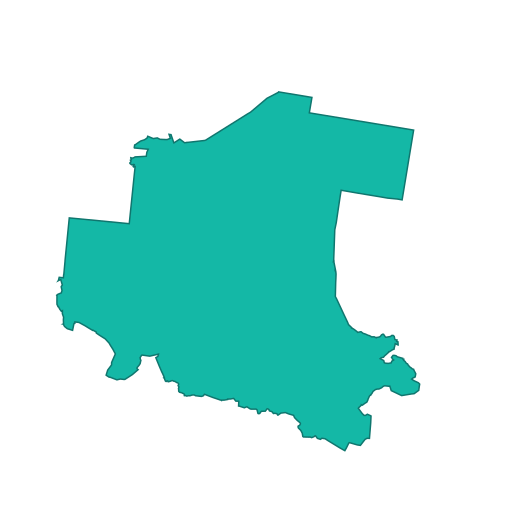 Vecumnieku pag., Vecumnieku, Latvia (Albers equal-area conic projection), rotated 14°
{"feature_id": "27541924B63296928652800", "entity_name": "Vecumnieku pag.", "entity_type": "district", "adm_level": 2, "iso_a3": "LVA", "parent_name": "Latvia", "parent_adm1": "Vecumnieku", "projection": "albers", "projection_center": [24.515, 56.627], "detail": "fine", "context": "isolated", "style": "filled", "palette": "teal", "viewbox_px": 512, "rotation_deg": 14, "n_neighbors": 0, "source": "geoboundaries", "source_scale": "gbopen_adm2", "svg_char_len": 5980}
<svg xmlns="http://www.w3.org/2000/svg" viewBox="0 0 512 512"><g transform="rotate(14 256 256)"><path d="M384.1,422.0L389.3,423.4L390.1,420.6L391.3,415.0L392.0,414.5L400.0,414.8L403.1,414.5L406.2,407.5L407.9,406.0L410.2,405.5L407.8,390.9L407.5,389.3L406.3,383.4L406.2,383.3L402.3,382.6L400.9,384.1L399.4,384.5L398.1,383.7L397.2,383.2L392.1,379.0L392.3,378.4L394.2,375.5L394.3,375.2L394.2,374.8L395.0,375.0L395.3,375.0L397.9,371.9L398.8,371.2L399.3,369.2L399.4,367.5L399.7,366.0L399.9,364.8L400.1,364.1L401.1,363.0L400.9,362.7L401.3,362.2L401.7,361.4L402.3,359.1L404.2,356.7L405.8,355.8L407.5,355.3L409.7,353.5L410.9,351.8L412.2,350.8L416.6,350.2L417.3,349.9L419.8,353.9L431.1,356.2L440.1,352.3L442.8,351.3L446.4,347.0L446.0,343.2L445.8,340.7L444.2,339.7L439.6,338.8L436.8,337.8L438.1,336.1L438.7,335.8L439.1,335.2L439.7,334.9L439.6,332.8L439.5,331.6L436.7,328.4L436.4,327.8L434.8,327.7L434.1,327.2L432.6,326.6L432.1,326.5L429.8,324.8L429.1,324.0L427.9,323.8L426.1,322.2L424.7,321.6L424.5,320.8L424.2,321.1L423.6,320.7L423.3,319.8L417.5,319.6L416.0,318.9L414.7,318.9L413.9,319.0L413.0,319.3L412.0,321.6L412.7,322.1L413.2,322.9L414.7,323.6L413.2,325.2L413.0,327.0L412.6,327.2L410.4,328.2L407.5,328.7L406.3,328.5L405.2,326.5L401.3,325.6L402.2,324.3L404.2,323.4L404.9,321.8L406.0,320.3L407.8,317.6L408.0,316.9L408.2,317.0L410.9,314.2L412.6,312.8L412.3,312.1L412.4,310.2L412.3,307.3L414.8,307.9L415.4,307.9L414.5,304.9L413.1,304.9L413.2,303.4L411.0,303.5L409.6,300.6L408.4,299.9L407.0,300.2L405.9,301.6L401.8,303.4L401.3,303.4L398.7,301.1L397.9,301.2L396.8,302.2L396.8,302.3L396.6,302.9L395.9,304.2L394.9,305.0L394.4,305.1L394.0,305.4L392.9,305.7L392.7,306.2L391.5,306.2L391.3,306.0L390.0,305.8L389.6,306.0L389.3,306.1L387.5,306.5L387.2,306.3L385.3,305.8L383.8,305.8L381.3,305.3L378.5,305.1L377.2,304.5L376.9,304.4L376.4,304.1L375.8,304.2L373.2,305.5L372.2,304.9L370.2,304.0L368.2,303.2L366.3,302.8L366.4,302.5L362.6,300.3L362.4,300.3L361.1,298.4L357.1,293.5L356.9,293.3L344.4,277.9L342.8,276.2L339.6,261.8L339.0,258.7L338.0,254.0L337.3,252.4L336.6,251.3L337.0,251.4L333.2,243.3L332.8,242.0L332.5,242.3L332.5,241.8L326.1,211.5L325.8,204.1L324.8,194.1L323.3,178.6L322.7,171.6L340.5,170.3L361.4,168.6L369.5,168.0L379.7,166.5L384.2,166.2L378.5,95.7L273.1,104.2L272.5,96.3L272.4,95.4L272.4,94.8L271.9,88.6L238.2,91.3L238.1,91.8L228.5,100.3L215.8,117.9L213.4,120.2L179.2,155.7L178.8,156.0L178.0,156.4L162.2,162.3L161.5,162.4L161.4,162.6L159.3,163.4L153.8,161.0L149.2,165.9L148.9,166.1L144.2,158.8L142.2,159.0L144.4,162.5L142.0,164.3L141.0,164.7L134.6,166.0L131.7,165.3L127.9,166.9L122.0,166.0L121.8,167.8L120.7,169.1L119.7,170.2L116.3,172.3L114.7,174.0L112.1,177.1L111.4,177.6L111.6,180.2L111.9,180.6L125.6,178.5L125.0,181.8L125.4,185.8L114.7,189.1L113.7,190.1L112.9,190.7L111.8,191.0L110.7,190.9L110.7,191.1L111.8,192.6L111.0,193.4L111.4,193.7L111.8,194.6L111.7,195.2L111.2,195.8L111.1,196.4L111.5,196.8L113.2,197.6L113.9,197.5L114.6,197.0L115.3,196.7L115.8,196.8L115.8,197.3L115.7,197.7L115.3,198.3L115.1,198.7L115.4,199.0L115.6,199.2L115.9,199.2L117.1,198.5L118.2,206.5L125.2,255.3L65.6,264.2L71.8,306.5L72.0,307.5L74.0,320.5L73.9,320.9L74.4,323.7L70.2,324.3L70.2,327.5L70.1,327.8L71.0,327.0L72.3,326.2L75.1,331.0L74.5,332.5L74.4,333.0L76.1,336.3L76.0,338.9L73.0,341.1L72.1,342.3L72.5,342.7L73.9,348.5L74.6,351.1L76.1,352.8L76.1,353.0L76.6,353.0L78.5,355.1L80.5,356.7L81.4,355.9L82.1,358.9L84.1,361.9L84.5,364.4L85.7,368.5L85.4,368.7L85.5,368.7L87.3,370.7L90.5,372.2L96.0,372.5L95.7,365.5L96.5,365.2L96.2,363.8L100.3,363.3L107.2,365.1L109.6,365.9L115.2,367.6L115.3,367.7L115.7,367.4L119.3,368.4L119.7,369.4L122.9,370.6L129.8,372.9L133.4,375.3L134.5,376.0L136.4,378.0L139.7,381.1L143.1,384.9L143.2,385.2L141.7,394.1L141.7,394.5L142.2,396.6L139.7,402.6L139.4,407.9L139.6,408.0L142.8,409.1L143.6,408.9L151.0,409.8L154.1,408.2L158.0,407.7L158.7,407.4L164.8,400.9L169.1,394.8L168.4,394.5L167.6,393.8L167.6,393.6L167.7,392.9L168.1,392.0L168.6,391.1L169.1,390.0L169.6,388.5L169.6,387.4L169.5,386.3L169.6,385.7L169.5,385.0L168.7,384.1L168.4,383.2L168.1,382.8L168.8,380.6L169.3,379.7L176.9,378.9L177.5,378.7L185.1,374.8L185.1,377.2L183.4,378.9L188.9,386.4L192.7,391.4L192.8,391.4L193.4,392.2L193.6,392.4L196.4,396.0L196.0,396.5L196.6,396.7L196.8,397.0L197.2,397.7L198.3,399.2L198.9,399.5L199.2,399.5L199.4,399.4L199.9,398.6L200.1,398.6L200.7,398.7L200.9,398.9L201.0,399.2L201.5,399.2L202.9,398.4L204.5,397.3L205.3,397.1L206.7,397.4L207.8,397.3L208.4,397.5L209.3,397.9L209.8,398.0L210.5,397.9L211.1,398.2L211.7,398.6L211.8,398.8L212.0,399.2L212.0,399.5L211.8,400.0L211.7,400.3L211.9,400.8L212.4,401.2L212.8,401.6L212.9,402.2L212.8,403.3L213.3,404.4L213.7,405.9L213.9,406.1L214.8,406.7L217.1,406.7L219.6,407.3L220.0,407.6L220.2,408.8L220.6,408.8L221.6,408.5L222.7,408.7L224.5,407.8L225.4,407.7L225.8,407.5L226.1,407.4L227.4,406.5L228.7,406.0L229.9,405.8L231.0,406.2L236.7,405.5L237.2,405.4L238.9,404.2L239.3,402.8L239.6,402.6L241.5,402.9L248.2,403.7L255.5,404.3L256.0,404.4L257.3,404.3L257.5,404.4L257.5,404.2L260.0,403.5L263.2,402.1L263.1,401.7L266.2,400.8L266.5,400.6L268.8,399.6L271.5,401.7L274.4,401.1L275.4,405.8L276.0,405.7L281.4,406.1L283.6,404.5L287.4,405.8L288.6,405.7L292.9,404.6L293.4,404.6L294.3,405.1L295.8,408.0L296.0,408.3L296.3,408.4L297.2,408.2L297.7,407.9L297.8,407.7L298.6,405.7L299.0,405.3L302.6,404.3L303.6,401.9L303.8,401.5L305.1,401.6L306.1,402.2L306.1,402.6L306.3,402.9L306.7,403.1L308.4,403.1L309.5,403.4L310.8,404.5L311.3,404.6L312.0,404.1L314.4,403.9L315.4,405.0L315.8,405.1L318.2,402.4L322.4,400.8L325.8,401.3L331.0,401.5L332.5,403.5L335.7,405.5L338.6,406.9L339.5,407.5L339.7,408.1L339.5,409.1L339.1,409.9L338.2,410.7L338.0,411.0L338.4,412.2L338.8,412.7L341.5,414.3L342.0,414.8L343.7,416.7L345.1,419.8L345.6,420.0L345.8,420.1L346.8,419.9L351.7,418.8L352.4,418.5L353.8,418.8L354.2,418.6L356.0,417.3L356.7,416.3L357.0,416.1L357.4,416.2L359.7,418.1L362.9,418.3L364.0,416.9L367.3,416.6L370.1,417.6L384.1,422.0Z" fill="#14b8a6" stroke="#0f766e" stroke-width="1.5"/></g></svg>